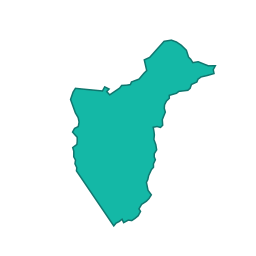 the district of Gramado dos Loureiros, Rio Grande do Sul, Brazil, rotated 289°
{"feature_id": "56859067B9692352624566", "entity_name": "Gramado dos Loureiros", "entity_type": "district", "adm_level": 2, "iso_a3": "BRA", "parent_name": "Brazil", "parent_adm1": "Rio Grande do Sul", "projection": "mercator", "projection_center": [-52.905, -27.444], "detail": "fine", "context": "isolated", "style": "filled", "palette": "teal", "viewbox_px": 256, "rotation_deg": 289, "n_neighbors": 0, "source": "geoboundaries", "source_scale": "gbopen_adm2", "svg_char_len": 1315}
<svg xmlns="http://www.w3.org/2000/svg" viewBox="0 0 256 256"><g transform="rotate(289 128 128)"><path d="M215.3,190.3L212.9,183.6L213.5,172.8L210.9,168.0L213.4,164.9L214.7,162.2L220.5,157.9L223.6,151.4L225.1,145.8L225.2,140.4L221.7,133.9L201.8,125.5L197.7,121.2L188.4,127.0L185.0,125.3L177.8,122.5L172.7,116.3L169.8,116.1L168.0,112.7L166.2,108.2L163.0,107.1L153.4,99.9L155.5,96.0L158.7,97.4L159.3,92.6L154.7,91.8L149.8,71.5L148.4,65.4L144.1,64.4L136.3,64.4L125.1,73.4L121.6,77.5L117.7,79.8L113.2,80.5L110.2,77.6L106.1,76.9L104.2,80.2L102.7,83.0L98.6,84.4L95.8,85.0L91.5,82.1L88.4,84.3L83.1,86.1L80.6,88.8L76.9,89.5L73.8,92.5L70.7,93.2L30.8,146.4L34.2,147.7L36.7,150.1L39.8,152.1L37.1,154.7L41.0,158.3L41.7,161.7L44.7,164.0L48.3,166.2L53.2,167.0L55.1,164.7L60.2,165.7L64.7,169.2L68.1,170.8L72.4,171.8L75.6,167.2L82.6,163.1L85.6,163.5L89.8,163.0L96.4,163.7L99.2,164.9L102.4,163.7L106.9,164.2L109.2,162.2L112.3,161.2L116.7,162.2L121.3,159.7L125.6,156.2L130.0,155.2L132.7,153.9L136.9,151.6L138.9,155.0L139.1,158.5L141.9,159.9L147.1,157.7L155.2,158.1L158.4,155.9L161.9,155.0L166.1,155.6L169.5,157.4L172.3,156.4L176.6,162.5L179.2,164.2L183.1,172.3L185.7,173.8L189.8,173.8L193.9,178.1L197.0,178.3L200.1,180.5L203.4,185.8L207.5,191.6L210.9,189.6L215.3,190.3Z" fill="#14b8a6" stroke="#0f766e" stroke-width="1.5"/></g></svg>